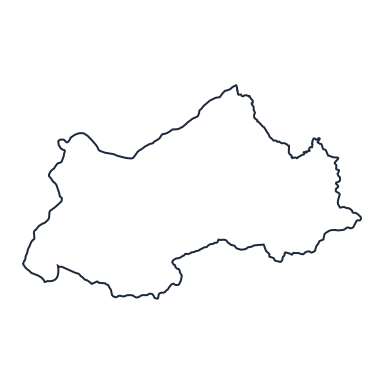 Betania, Antioquia, Colombia
{"feature_id": "7082276B53063145531643", "entity_name": "Betania", "entity_type": "district", "adm_level": 2, "iso_a3": "COL", "parent_name": "Colombia", "parent_adm1": "Antioquia", "projection": "orthographic", "projection_center": [-75.967, 5.733], "detail": "fine", "context": "isolated", "style": "outline", "palette": "slate", "viewbox_px": 384, "rotation_deg": 0, "n_neighbors": 0, "source": "geoboundaries", "source_scale": "gbopen_adm2", "svg_char_len": 5987}
<svg xmlns="http://www.w3.org/2000/svg" viewBox="0 0 384 384"><path d="M337.8,157.6L333.2,157.3L330.4,156.2L328.1,155.5L325.9,150.3L325.1,149.7L323.3,149.1L322.9,148.5L321.5,144.3L320.9,143.9L319.7,143.7L317.7,142.4L317.7,141.9L319.7,139.0L319.7,138.5L319.0,138.1L318.4,138.3L317.5,139.2L316.4,139.8L315.7,139.4L314.9,138.5L313.6,138.5L312.2,141.7L312.5,142.9L312.0,143.6L312.5,144.8L312.1,145.7L312.2,146.7L311.9,147.3L310.6,147.2L309.7,147.6L309.5,148.0L309.1,148.8L309.1,149.5L309.6,150.3L309.5,150.9L308.2,150.9L307.5,151.7L306.7,151.5L306.1,152.6L305.8,152.6L305.5,151.8L304.9,152.1L303.9,152.1L303.7,152.4L304.2,153.0L304.1,154.2L303.1,154.7L302.0,154.8L301.4,155.4L298.2,157.1L297.4,158.0L296.7,158.2L296.0,157.6L294.9,157.5L293.8,157.9L292.8,157.9L292.3,158.1L291.9,157.6L292.4,157.3L292.4,157.1L291.4,156.1L291.3,155.3L289.6,154.2L288.8,152.4L289.0,145.7L287.6,145.3L286.9,144.4L284.5,143.2L281.5,143.2L279.1,141.6L277.5,141.9L277.3,141.4L275.5,140.5L273.4,140.5L272.5,139.4L269.6,136.8L268.3,133.7L267.1,132.3L266.0,130.2L265.2,129.1L264.1,127.3L262.7,126.4L258.9,122.3L258.0,121.6L257.3,121.4L257.3,120.3L254.4,117.9L254.0,116.1L254.3,114.2L255.0,112.8L253.7,109.9L253.6,106.8L252.0,104.6L251.7,103.7L251.8,103.0L252.7,102.7L252.8,102.4L252.8,100.8L250.9,98.6L249.4,96.0L248.6,96.4L247.7,95.6L245.8,95.2L243.8,95.7L243.0,96.3L241.8,96.0L240.9,94.5L238.5,94.7L237.9,93.8L237.6,90.9L237.0,90.2L237.2,88.8L236.8,86.8L236.2,85.3L235.6,85.5L232.3,87.2L230.9,88.6L229.1,89.7L224.7,91.0L221.8,94.3L220.1,96.9L219.5,97.2L215.6,97.8L209.8,100.6L203.5,106.1L201.5,108.7L199.8,110.1L199.4,110.8L199.0,113.2L198.0,116.0L196.1,117.2L193.8,118.1L192.3,118.9L187.0,122.9L186.5,123.7L184.5,125.2L183.3,126.4L178.9,128.8L177.5,129.2L172.3,129.5L170.5,131.0L167.1,133.0L165.2,133.7L162.7,134.1L161.4,135.3L160.0,137.7L158.3,139.3L154.0,141.8L152.9,143.2L149.5,144.1L145.2,146.4L141.1,149.5L139.7,150.1L137.7,151.7L133.8,157.2L132.7,158.1L131.8,158.4L130.0,158.4L126.4,158.0L121.9,157.0L116.9,155.6L113.8,154.2L105.0,152.7L100.3,151.0L99.4,150.6L98.7,149.8L97.1,146.6L96.1,145.1L91.5,139.8L87.6,135.8L84.0,133.5L82.1,133.1L79.7,133.2L77.1,133.8L74.5,135.0L70.7,137.6L69.5,140.1L68.0,142.0L67.4,142.3L66.3,142.2L64.2,139.9L63.1,139.6L61.2,139.6L59.8,139.8L58.8,140.6L58.2,141.5L58.8,145.2L60.6,148.0L61.5,149.0L62.9,149.7L64.1,150.0L64.8,150.7L64.8,151.7L64.0,153.9L63.8,155.9L61.6,161.8L59.5,163.0L58.0,163.1L57.5,163.5L55.4,166.3L54.2,168.3L53.3,169.1L52.3,169.7L50.4,171.7L49.0,174.5L49.0,175.6L49.1,176.3L51.3,178.8L52.3,180.5L53.3,181.8L55.0,183.1L56.4,184.9L59.0,192.4L59.9,196.5L61.1,197.4L61.9,198.4L61.7,200.7L60.8,202.0L55.1,207.2L49.9,211.0L49.4,212.5L49.1,217.7L48.3,219.5L45.1,222.6L41.9,224.0L39.0,225.9L38.0,227.0L36.0,229.6L34.7,230.5L34.2,231.3L33.9,232.3L34.4,238.3L34.1,239.2L32.6,240.2L31.3,242.0L30.1,244.5L29.6,246.2L28.6,247.8L27.8,249.7L27.1,253.3L26.1,255.1L25.6,256.7L25.3,259.0L25.0,260.0L23.8,261.6L23.6,262.6L23.0,263.8L23.8,265.3L25.1,267.0L25.5,267.8L29.8,271.3L31.3,272.9L38.1,275.5L41.5,277.6L43.5,279.7L44.8,282.0L47.6,281.1L50.0,281.2L52.6,280.8L54.8,279.8L56.5,278.3L57.6,276.2L58.3,272.6L58.4,269.1L57.9,265.9L59.1,266.8L61.9,266.8L75.5,272.9L78.3,273.6L79.6,274.6L80.7,276.1L82.2,277.0L84.8,279.6L86.9,280.2L89.6,282.0L91.8,283.9L97.1,281.5L97.6,281.6L98.8,282.8L105.1,283.3L106.1,284.2L108.3,285.2L109.7,288.1L110.9,289.7L112.0,295.0L113.2,296.3L115.1,297.2L116.7,297.1L118.1,296.1L119.1,295.8L120.1,295.8L123.7,296.5L127.4,295.2L130.4,295.1L132.6,295.4L135.7,297.3L137.1,297.5L138.8,297.0L141.3,295.4L142.9,295.1L147.1,295.1L149.1,293.9L149.9,293.7L151.7,293.9L152.4,294.2L153.6,295.8L154.6,297.9L157.1,298.7L157.8,298.5L158.2,297.9L158.6,294.9L159.2,293.7L160.6,292.8L163.7,292.6L165.0,292.0L165.9,290.8L167.9,289.4L168.9,287.6L171.3,284.5L173.4,283.6L175.0,284.8L177.4,285.1L178.9,284.5L179.8,282.9L180.8,280.7L181.4,278.2L181.8,275.5L180.8,274.0L180.0,272.4L179.7,270.7L178.6,268.9L177.2,268.8L175.6,267.3L175.0,265.2L173.6,264.6L172.5,262.7L172.3,262.4L172.5,261.3L173.1,260.3L175.7,258.6L179.3,258.0L181.1,257.1L182.0,256.4L184.1,255.4L184.9,254.2L185.4,253.9L185.9,253.8L187.8,254.1L190.0,253.4L191.6,252.3L193.9,252.1L196.0,251.1L198.4,250.6L199.6,250.0L200.3,249.3L201.9,248.7L204.3,247.3L205.9,247.2L206.9,246.9L208.1,245.5L209.5,244.6L211.4,244.0L212.9,244.0L214.6,242.8L216.0,242.8L217.0,242.5L217.5,242.0L218.5,239.6L220.6,240.0L223.8,239.7L225.5,240.0L226.6,240.8L228.1,242.8L230.0,243.9L230.9,244.9L233.8,245.5L234.9,246.2L236.3,248.1L237.1,248.6L241.1,249.7L245.1,249.2L246.4,248.6L248.0,247.3L251.7,246.7L253.2,245.8L254.9,245.3L259.7,244.9L261.5,244.9L262.8,244.6L263.6,244.6L264.1,245.5L265.1,248.6L266.2,251.1L269.4,254.1L269.3,256.0L269.5,256.8L271.6,257.3L273.6,258.1L274.1,258.8L274.5,260.1L275.5,260.8L280.3,261.9L281.1,261.6L282.1,260.4L283.0,256.8L284.0,255.9L284.4,255.1L284.6,253.7L285.3,252.4L289.5,253.5L291.6,254.6L292.2,254.5L293.0,253.2L293.5,252.9L295.8,253.1L298.1,253.0L299.4,253.3L300.7,253.9L302.9,254.3L303.6,254.0L305.6,252.1L308.1,251.4L309.4,251.4L311.1,252.6L313.1,252.1L314.6,251.2L315.1,250.4L316.2,246.6L316.7,245.5L318.2,243.8L319.4,241.2L319.8,240.9L322.6,239.9L323.4,239.4L324.4,234.4L325.8,232.8L329.6,230.6L331.6,230.1L335.0,230.0L338.3,230.4L342.7,230.0L344.6,229.4L346.9,227.6L347.6,227.5L348.8,227.6L350.2,228.3L351.8,228.1L352.9,227.5L353.5,226.8L356.6,220.8L357.1,220.4L359.3,220.4L360.2,220.2L360.9,218.9L361.0,218.2L360.6,216.9L357.5,213.9L355.8,213.0L352.9,212.6L352.5,212.2L352.1,210.8L351.2,209.7L348.7,208.2L346.5,208.0L343.9,206.9L340.1,207.6L339.5,206.8L338.0,204.1L337.8,202.2L338.0,200.4L339.7,194.5L339.1,193.2L336.4,191.8L335.8,191.1L335.9,189.0L337.9,187.2L338.2,186.4L338.0,185.8L336.1,183.8L336.0,183.1L336.4,182.5L338.5,181.8L339.6,181.1L340.1,179.9L340.0,178.1L339.7,177.0L338.5,176.0L337.5,173.9L338.8,171.6L339.0,170.4L338.6,169.9L336.9,169.6L336.1,168.9L336.4,165.3L334.7,163.2L335.0,162.2L338.0,159.0L338.2,158.1L337.8,157.6Z" fill="none" stroke="#1e293b" stroke-width="2"/></svg>